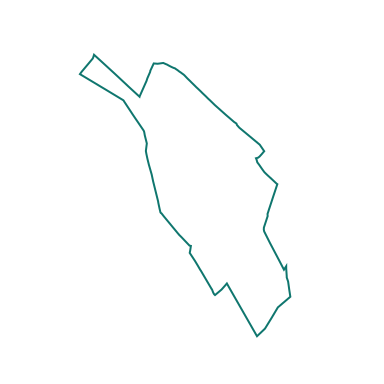 Varakļāni, Varaklanu, Latvia, rotated 78°
{"feature_id": "27541924B76444733337107", "entity_name": "Varakļāni", "entity_type": "district", "adm_level": 2, "iso_a3": "LVA", "parent_name": "Latvia", "parent_adm1": "Varaklanu", "projection": "natural_earth1", "projection_center": [26.753, 56.603], "detail": "fine", "context": "isolated", "style": "outline", "palette": "teal", "viewbox_px": 384, "rotation_deg": 78, "n_neighbors": 0, "source": "geoboundaries", "source_scale": "gbopen_adm2", "svg_char_len": 2327}
<svg xmlns="http://www.w3.org/2000/svg" viewBox="0 0 384 384"><g transform="rotate(78 192 192)"><path d="M284.2,115.3L287.1,118.2L277.7,120.8L274.5,121.7L258.2,126.3L245.6,129.6L243.8,129.6L241.8,129.1L231.3,123.0L229.2,122.7L226.8,121.3L224.3,119.9L224.2,119.8L224.0,119.7L213.5,113.6L203.1,107.5L202.9,107.4L202.4,107.1L202.1,106.9L201.3,107.6L196.4,111.0L191.5,114.5L189.6,115.8L187.6,117.1L184.5,118.5L181.4,119.8L179.0,120.8L176.7,121.9L176.0,122.0L175.4,122.0L174.6,122.1L173.8,122.1L172.3,122.4L172.2,120.3L171.4,118.6L170.6,117.5L169.6,116.1L167.1,112.9L159.8,115.9L139.0,132.3L137.8,133.0L136.5,133.7L136.2,133.9L135.8,134.1L134.3,134.3L132.1,136.4L130.9,137.3L130.1,137.9L126.4,140.7L125.9,141.1L123.4,143.0L113.2,150.5L111.7,151.6L106.0,155.4L104.2,156.7L102.2,158.0L101.9,158.2L101.7,158.3L98.5,160.5L97.2,161.4L95.9,162.2L95.8,162.3L95.3,162.6L93.4,163.9L91.8,165.0L90.4,166.0L88.7,167.1L84.5,169.9L83.5,170.5L80.1,172.8L76.2,175.2L76.1,175.3L75.5,175.7L74.2,176.9L72.8,178.1L71.5,179.4L69.8,180.8L68.6,182.0L67.7,182.8L67.4,183.1L66.8,184.2L65.7,185.7L64.2,187.6L63.0,189.0L62.1,190.0L61.8,190.5L59.8,193.3L59.6,196.5L59.4,199.0L58.3,202.7L64.0,207.0L64.6,207.5L65.7,207.9L66.0,208.1L71.6,212.1L73.9,213.4L78.3,216.6L87.5,223.3L87.9,223.5L75.8,232.1L65.6,239.2L59.9,243.2L44.2,254.4L37.4,259.3L39.9,260.7L40.5,261.1L41.0,261.6L44.7,266.3L51.5,275.0L53.4,277.1L53.8,276.7L70.4,258.9L74.2,254.8L87.7,240.4L88.3,239.9L89.5,239.5L100.2,235.3L103.8,233.9L108.5,232.0L113.1,230.1L121.7,226.6L122.4,226.4L123.2,226.3L124.0,226.3L126.7,226.4L132.1,226.2L135.1,226.1L142.3,228.6L145.3,228.7L145.6,228.7L146.0,228.7L146.3,228.7L146.5,228.7L146.8,228.7L147.0,228.7L150.4,228.7L156.4,228.5L166.5,227.8L173.4,227.8L194.2,227.1L195.4,227.2L201.5,227.2L205.4,227.1L206.2,226.7L206.5,226.3L210.2,224.5L230.1,214.1L230.4,213.9L230.7,213.7L230.9,213.7L233.8,211.8L243.9,205.6L244.5,204.3L248.5,205.8L251.1,206.9L260.1,203.4L265.0,201.7L269.9,200.1L270.5,199.8L290.3,193.2L291.0,193.0L291.4,192.7L294.1,192.3L295.4,192.0L296.6,191.6L297.6,190.9L297.5,190.7L293.6,183.4L290.2,178.8L288.7,176.9L292.9,175.6L321.6,166.4L346.6,158.4L340.8,149.0L332.0,140.6L322.7,132.0L314.9,117.6L308.0,117.2L299.5,116.6L295.4,117.1L294.3,116.9L293.7,116.8L287.4,115.9L286.6,115.8L284.2,115.3Z" fill="none" stroke="#0f766e" stroke-width="2"/></g></svg>